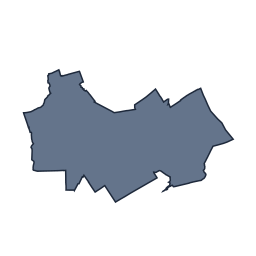 the district of Piatra-Olt, Olt, Romania, rotated 349°
{"feature_id": "2599482B68816906469751", "entity_name": "Piatra-Olt", "entity_type": "district", "adm_level": 2, "iso_a3": "ROU", "parent_name": "Romania", "parent_adm1": "Olt", "projection": "orthographic", "projection_center": [24.264, 44.37], "detail": "fine", "context": "isolated", "style": "filled", "palette": "slate", "viewbox_px": 256, "rotation_deg": 349, "n_neighbors": 0, "source": "geoboundaries", "source_scale": "gbopen_adm2", "svg_char_len": 5505}
<svg xmlns="http://www.w3.org/2000/svg" viewBox="0 0 256 256"><g transform="rotate(349 128 128)"><path d="M101.6,198.3L106.9,196.4L112.7,194.4L117.8,192.5L134.4,186.8L147.0,182.5L146.9,182.1L146.4,180.9L145.1,177.6L144.9,177.1L144.8,176.8L144.8,176.2L145.2,176.3L145.7,176.6L146.9,176.9L147.4,176.8L148.4,176.4L149.1,176.2L149.3,176.2L149.8,175.9L150.2,175.8L150.7,175.8L151.2,176.0L151.6,176.2L152.0,176.4L153.7,178.2L154.4,179.0L155.4,180.0L156.2,180.9L156.4,181.2L156.9,181.4L157.6,182.1L158.6,182.9L159.7,183.8L160.1,184.1L160.1,184.3L160.0,184.6L159.8,184.7L159.7,184.9L159.8,185.8L159.7,186.2L159.6,187.2L159.5,187.4L159.4,187.8L158.6,188.5L158.3,188.8L158.0,188.9L157.6,189.0L158.7,189.9L158.8,190.1L158.7,190.4L158.4,191.0L158.0,192.2L157.8,192.4L156.6,192.8L155.9,193.1L155.1,193.6L154.6,194.0L154.2,194.2L154.0,194.6L153.8,194.7L153.8,194.9L153.7,195.2L153.5,195.4L152.9,195.5L152.6,195.7L152.2,195.9L151.6,196.3L150.5,196.6L150.4,196.7L151.3,196.5L152.6,196.0L153.1,195.8L153.8,196.0L154.2,196.0L155.1,195.5L155.1,195.2L155.5,194.5L155.8,194.2L156.4,193.8L157.6,193.4L158.7,193.2L159.0,192.9L159.3,192.8L160.0,192.8L160.4,192.6L160.8,193.2L161.2,193.8L161.4,194.3L162.7,194.4L177.2,193.8L177.9,193.7L178.0,193.6L181.7,193.4L187.9,193.3L189.6,193.4L190.1,193.3L191.4,192.5L192.7,192.1L193.0,191.9L193.7,191.3L194.6,190.3L194.9,189.8L195.2,189.4L195.6,188.6L195.5,188.1L195.2,187.7L195.4,187.4L194.5,186.1L194.2,185.6L194.1,184.6L193.9,184.1L193.9,183.9L194.9,183.3L195.4,182.7L195.6,182.3L196.1,180.2L195.9,179.7L195.9,179.3L196.1,178.9L196.1,178.5L196.0,178.2L196.0,177.5L196.1,177.3L197.0,176.2L198.0,175.0L199.7,172.7L199.9,172.6L201.3,170.7L203.4,168.0L204.4,166.6L207.5,162.7L207.8,162.2L208.0,162.1L212.6,161.8L218.7,161.3L222.6,160.7L229.1,159.1L223.4,148.5L221.1,140.9L217.8,136.3L212.4,127.3L210.7,120.9L209.3,114.4L208.2,110.2L206.9,102.9L204.4,103.6L203.7,103.4L202.7,103.8L201.8,104.0L201.6,104.1L201.5,104.3L200.4,104.5L199.3,104.9L198.5,105.2L195.6,106.1L194.1,106.6L193.8,106.8L193.4,106.9L191.9,107.4L190.8,107.9L190.5,108.1L189.0,108.7L185.3,110.4L184.9,110.7L184.9,111.1L184.2,111.4L181.6,112.5L180.9,112.8L179.7,113.3L174.5,115.4L173.5,115.8L173.3,115.2L173.2,114.4L172.9,113.3L172.9,112.8L172.9,112.6L172.9,112.3L172.7,112.2L172.4,112.2L171.8,112.4L172.3,111.6L172.6,110.8L173.4,107.4L172.9,107.3L172.1,107.4L171.4,107.7L170.5,108.1L167.9,109.3L167.6,108.2L167.2,107.3L166.9,106.4L166.8,105.8L166.3,104.7L165.9,103.6L165.6,103.2L165.1,102.1L164.6,100.6L163.0,96.5L162.5,95.2L162.4,95.0L161.5,95.6L160.2,96.3L157.4,97.9L152.3,100.7L151.1,101.3L147.3,103.0L140.0,106.1L139.0,106.5L138.9,106.7L138.8,107.7L138.7,108.2L138.5,109.0L138.6,110.0L138.7,110.6L138.8,111.1L132.4,110.9L132.1,110.9L130.6,110.8L130.4,110.7L129.4,110.7L126.3,110.6L123.0,110.6L118.8,110.4L117.3,110.3L115.4,108.6L102.3,98.1L99.8,96.0L100.7,95.5L99.3,92.8L97.1,88.3L96.5,87.4L95.7,85.7L95.1,84.7L94.7,84.1L94.2,83.2L93.3,83.6L93.2,83.6L93.1,83.3L92.8,83.0L92.7,83.0L92.0,82.5L91.8,82.1L91.6,81.5L92.1,81.8L92.1,81.6L91.8,81.4L91.3,81.3L91.2,81.2L91.3,81.1L92.2,81.4L92.2,81.2L91.4,80.9L90.8,80.7L90.9,80.0L90.9,79.8L90.9,79.6L90.5,79.3L89.9,79.1L89.7,79.0L89.7,78.9L89.6,78.7L89.8,78.1L89.9,77.7L89.4,77.0L89.1,76.7L88.7,76.2L89.0,75.9L89.2,75.6L89.3,75.4L89.7,75.2L90.5,74.9L91.3,74.4L92.9,74.3L92.9,74.2L91.2,63.4L91.1,63.1L83.9,63.6L81.5,63.8L79.5,63.9L78.9,64.1L76.4,64.2L74.3,64.4L73.1,64.5L73.1,64.0L72.0,64.0L71.8,63.9L71.6,60.2L71.5,60.3L71.2,57.7L67.8,58.6L66.1,59.0L63.6,59.7L63.2,59.7L60.6,59.7L60.6,59.8L60.4,60.4L60.2,60.9L60.0,61.1L59.8,61.1L59.5,61.1L59.3,61.3L59.2,62.5L59.2,63.2L59.0,64.9L58.9,65.3L58.4,66.0L58.1,68.4L58.3,68.6L58.7,68.7L59.0,68.8L59.2,69.0L59.2,69.3L59.5,70.9L59.5,71.4L59.5,71.8L59.4,71.8L59.2,72.1L58.9,72.5L58.5,73.0L58.1,73.4L57.9,74.1L57.9,74.5L58.0,75.6L58.0,76.3L58.1,76.7L58.1,77.4L58.3,77.9L58.4,78.3L58.4,78.5L58.2,78.6L58.2,79.0L58.6,79.2L56.6,80.6L56.3,80.7L55.9,80.8L55.2,81.4L55.2,81.8L55.0,82.0L53.5,83.1L52.6,83.6L51.9,84.2L51.7,84.4L51.4,85.1L51.2,85.6L51.0,86.1L50.9,86.5L50.6,87.0L50.4,87.4L49.6,88.4L49.2,89.2L48.9,89.5L48.1,89.9L46.6,90.8L46.4,90.9L45.8,91.1L44.5,91.1L43.8,91.2L43.1,91.3L41.6,91.9L41.0,92.0L40.3,92.2L39.7,92.2L39.0,92.6L38.1,92.9L37.2,93.1L35.8,93.5L31.9,93.5L30.3,93.4L29.5,93.3L28.4,93.1L28.4,93.7L28.7,95.8L30.0,105.0L30.4,108.8L30.6,109.4L30.8,109.2L30.7,110.0L30.8,110.2L30.9,111.5L31.0,111.8L31.0,112.3L31.1,113.2L31.1,113.6L32.1,113.8L32.3,113.9L32.3,114.4L32.3,114.7L32.2,115.2L31.9,116.0L31.8,116.5L31.7,117.7L31.4,119.9L31.4,120.6L31.4,121.3L31.5,122.0L31.4,122.8L31.5,123.3L31.6,123.9L31.7,124.3L32.1,125.2L32.2,125.4L31.1,126.2L30.5,126.7L30.2,126.9L29.6,127.6L29.3,128.2L29.1,128.8L29.5,129.3L29.7,129.6L29.7,130.1L29.7,131.1L29.5,132.3L27.5,140.8L29.2,142.7L29.2,143.6L29.2,143.8L29.0,144.4L28.7,145.2L28.3,145.9L27.9,146.8L27.6,147.8L27.4,148.3L27.1,150.1L26.9,150.5L26.9,150.9L27.1,151.3L27.4,151.5L29.0,152.2L29.1,152.3L29.7,152.6L30.4,152.9L30.8,153.1L51.5,156.6L56.5,157.3L56.6,157.5L58.7,157.7L57.7,163.5L57.4,165.2L57.0,167.1L56.9,167.8L56.8,168.3L56.7,169.0L56.5,169.7L56.5,170.2L56.4,170.9L56.3,171.4L56.3,171.8L56.1,173.3L55.9,174.3L55.5,176.5L55.3,177.0L56.3,177.3L63.3,178.7L63.4,179.2L64.9,177.4L67.4,174.3L67.9,173.5L68.1,173.3L68.5,173.4L69.0,173.2L69.3,173.3L71.5,170.3L72.2,169.4L73.8,167.2L74.0,167.4L74.4,167.7L75.7,166.0L79.1,173.5L78.9,173.6L81.3,179.5L83.5,184.6L84.4,184.3L85.2,183.9L89.0,182.4L92.8,180.7L94.2,180.1L101.6,198.3Z" fill="#64748b" stroke="#1e293b" stroke-width="1.5"/></g></svg>